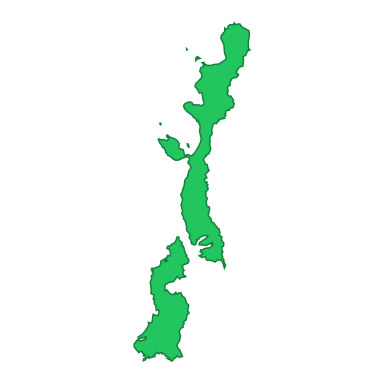 Donggala, Sulawesi Tengah, Indonesia (Mercator projection)
{"feature_id": "22746128B11403753934380", "entity_name": "Donggala", "entity_type": "district", "adm_level": 2, "iso_a3": "IDN", "parent_name": "Indonesia", "parent_adm1": "Sulawesi Tengah", "projection": "mercator", "projection_center": [119.813, -0.351], "detail": "fine", "context": "isolated", "style": "filled", "palette": "green", "viewbox_px": 384, "rotation_deg": 0, "n_neighbors": 0, "source": "geoboundaries", "source_scale": "gbopen_adm2", "svg_char_len": 6055}
<svg xmlns="http://www.w3.org/2000/svg" viewBox="0 0 384 384"><path d="M239.8,23.9L234.7,24.5L234.3,23.0L232.8,24.8L229.9,24.6L227.8,26.6L228.1,28.1L227.1,28.9L225.7,29.0L224.7,28.1L224.7,31.6L223.2,32.9L223.1,33.9L221.3,35.3L220.9,38.2L223.9,44.7L224.6,53.4L226.1,57.0L225.9,59.4L218.9,64.0L213.9,64.5L211.2,65.4L207.2,65.4L205.9,64.6L205.2,65.3L204.3,65.2L204.4,64.4L203.5,64.7L203.2,66.5L200.7,67.9L199.8,71.2L201.6,73.9L201.7,77.7L195.8,83.6L195.0,86.7L196.8,88.4L199.3,93.1L202.0,92.7L203.1,100.4L204.3,102.5L203.6,104.4L201.5,105.8L198.5,104.7L197.1,105.3L195.5,104.7L193.3,105.0L191.9,102.5L189.4,101.9L185.3,103.4L183.6,105.5L184.3,108.3L187.4,111.8L192.6,115.5L193.2,117.1L195.7,118.8L196.7,120.5L197.8,120.5L197.1,121.5L198.5,122.0L200.2,126.3L199.6,131.5L201.2,138.3L200.8,141.5L198.3,147.0L194.5,153.2L191.5,156.0L187.8,154.5L184.6,155.6L183.3,149.9L182.2,149.2L180.8,149.3L178.7,147.6L179.3,143.9L177.8,141.4L175.4,139.1L169.5,136.9L167.5,135.1L166.6,135.4L166.9,137.1L168.6,138.0L167.6,140.8L163.0,139.5L161.4,139.9L159.0,138.8L158.2,139.3L159.8,143.0L161.9,145.5L162.7,147.5L164.0,147.5L164.1,148.7L165.2,149.6L165.7,152.6L166.6,152.9L167.8,155.3L170.3,156.4L173.3,159.2L176.0,160.3L178.5,160.1L182.8,158.0L187.1,156.8L188.3,157.2L189.6,158.9L189.7,159.9L187.9,162.0L188.3,163.4L190.1,165.2L190.9,168.2L188.9,170.8L187.3,177.4L186.0,178.3L184.8,180.7L184.1,186.0L182.4,190.1L182.6,191.6L180.7,194.5L182.6,199.6L181.1,205.3L182.5,210.6L181.8,214.0L183.1,215.8L183.6,219.2L184.5,219.7L185.7,222.8L186.5,226.3L186.5,230.0L189.9,234.6L189.1,237.6L190.9,240.2L191.5,243.7L194.8,245.0L195.8,244.1L196.5,241.2L197.3,240.8L196.5,239.8L197.3,239.2L198.8,239.1L199.6,237.6L203.2,235.7L207.8,235.6L206.5,237.9L199.5,242.7L199.1,244.8L206.3,245.3L211.8,242.6L211.3,244.1L212.6,243.6L212.7,245.2L209.8,247.8L204.4,248.5L202.4,250.0L200.0,249.8L200.8,249.9L200.1,251.5L202.7,253.4L199.9,255.9L199.3,255.7L199.5,256.1L201.2,256.5L201.4,257.5L205.4,256.8L206.4,260.0L211.8,260.5L214.8,262.1L217.6,260.1L221.0,260.0L222.9,262.7L224.4,268.2L225.6,265.4L224.0,262.0L223.7,259.3L222.3,257.9L222.7,256.9L221.5,253.3L222.9,252.3L221.8,249.1L221.9,246.8L223.5,246.3L223.8,243.1L221.4,240.1L221.8,236.6L219.1,235.3L220.0,232.5L219.0,228.8L216.9,227.9L216.9,226.7L215.5,225.7L214.0,223.0L211.6,222.0L211.2,219.0L208.2,215.6L209.7,208.8L209.1,206.8L207.6,206.9L206.9,206.2L206.2,201.5L207.3,198.5L205.4,194.9L206.0,193.8L205.6,192.1L208.0,189.5L207.6,188.6L208.1,187.7L206.6,186.7L207.9,184.8L206.4,183.7L207.2,182.2L204.9,181.7L204.2,179.6L206.9,177.8L205.3,174.5L209.2,170.3L208.4,169.8L207.1,164.6L205.5,164.0L203.4,159.5L205.7,155.9L206.2,156.2L206.8,154.8L208.9,153.6L210.7,149.1L209.6,144.0L210.2,141.2L209.7,139.9L210.3,136.0L211.3,135.5L212.2,133.2L211.7,129.8L212.8,125.2L214.4,123.4L216.6,123.6L217.3,121.7L218.9,121.2L219.0,119.3L224.6,118.4L224.0,117.5L225.8,115.6L224.9,114.0L225.7,113.7L225.7,111.6L226.8,110.4L229.3,110.3L229.4,108.9L231.1,107.8L232.7,107.8L233.5,106.4L234.2,103.6L233.0,102.0L233.6,100.7L230.9,96.1L228.8,96.0L227.1,94.3L227.8,93.2L227.2,92.2L228.2,91.3L227.4,86.9L230.3,85.1L230.1,82.7L231.5,79.0L233.5,77.9L236.2,77.6L238.2,75.6L238.5,74.4L236.8,73.4L236.2,72.3L238.7,67.9L240.9,66.4L242.8,66.3L243.5,61.0L243.1,56.7L245.8,55.2L247.5,50.8L249.9,50.0L248.6,48.3L248.3,46.2L248.3,41.5L249.4,34.9L248.9,30.7L242.0,27.0L239.8,23.9ZM188.9,261.3L188.6,259.5L186.2,256.2L186.8,255.4L185.0,252.6L183.3,246.0L181.7,245.9L182.1,242.8L179.0,239.9L178.9,237.1L177.7,237.0L176.9,237.2L176.2,240.1L174.3,243.1L171.2,244.3L171.2,245.6L169.6,246.3L168.2,245.9L166.8,248.1L167.4,248.8L168.9,248.7L170.6,252.8L170.0,256.1L168.1,255.4L167.2,256.2L167.5,257.1L166.1,258.0L166.5,259.2L166.1,260.1L167.1,260.4L167.1,261.1L164.9,261.7L165.0,260.7L165.3,260.4L165.1,261.0L165.6,260.9L165.2,260.1L166.2,259.3L165.5,258.4L160.9,261.0L160.7,264.0L159.5,266.2L155.3,268.0L151.5,268.5L152.2,269.8L151.6,270.5L152.6,270.6L152.5,271.4L153.1,271.0L153.2,273.1L151.3,276.1L151.8,278.4L150.2,282.1L151.3,289.2L150.8,293.0L152.2,294.4L153.6,294.4L154.1,296.1L153.4,297.6L154.0,298.5L153.2,299.2L154.4,300.2L154.0,301.9L154.7,304.6L155.7,305.1L156.3,310.4L158.5,309.7L159.0,312.3L157.9,315.9L153.1,314.4L152.0,322.4L150.4,323.0L148.5,322.3L148.5,325.7L145.8,330.1L142.7,334.0L138.0,337.2L138.2,338.8L139.3,339.0L141.4,338.4L141.9,337.4L144.7,337.9L144.6,337.1L145.7,336.7L146.2,337.7L145.1,339.9L143.7,339.6L142.2,340.6L140.0,341.0L138.0,340.2L136.6,340.4L135.3,342.9L134.1,343.8L134.3,347.1L138.8,352.6L140.6,351.5L142.4,351.8L142.6,353.1L143.5,353.6L143.5,355.5L144.3,354.5L144.9,354.7L145.2,358.0L144.7,358.9L143.7,358.8L143.3,360.7L145.2,359.9L147.1,357.2L148.3,357.8L148.5,356.2L149.5,357.0L149.2,358.6L149.8,357.8L152.6,357.2L152.6,356.2L154.8,356.8L154.7,354.4L155.8,354.3L156.1,352.4L157.4,352.5L158.9,353.8L160.8,352.4L162.0,353.9L162.2,353.0L163.8,353.5L165.9,356.4L167.2,356.4L168.5,357.7L167.5,358.2L168.4,358.3L168.3,359.4L170.0,359.1L170.6,360.6L172.3,361.0L174.3,358.1L175.5,357.8L177.0,356.0L179.0,357.3L182.5,356.5L180.0,350.4L177.6,347.8L177.0,344.9L179.4,341.0L180.5,336.1L179.3,332.0L179.6,330.7L180.9,328.2L183.1,327.3L182.9,325.2L184.2,323.7L183.4,321.9L186.1,320.0L187.1,314.7L188.9,313.4L189.0,312.2L187.5,311.6L188.7,305.1L186.6,303.2L184.9,298.0L182.1,295.7L181.0,292.9L178.9,292.8L177.4,294.2L175.7,292.3L174.6,293.4L174.7,294.3L173.4,294.6L170.1,293.8L166.7,289.8L165.0,290.6L164.8,286.9L165.7,284.0L166.8,284.0L168.5,282.5L173.6,281.6L177.5,276.3L179.7,279.1L181.0,277.6L185.7,276.8L185.2,275.8L183.2,275.2L183.0,271.8L183.9,270.7L183.5,270.8L183.0,267.7L181.9,266.2L184.7,264.2L187.6,263.5L188.9,261.3ZM197.2,56.5L195.8,58.2L195.9,60.6L197.1,59.1L200.1,58.3L197.2,56.5ZM204.7,63.9L204.0,62.4L202.1,62.7L203.4,64.2L204.7,63.9ZM187.8,50.2L186.6,48.9L186.7,49.8L187.8,50.2ZM161.2,124.3L160.7,123.5L160.2,123.1L159.8,123.8L160.6,124.8L161.2,124.3ZM188.2,144.0L187.4,144.1L188.5,145.3L188.2,144.0ZM189.0,146.7L188.9,146.1L188.5,145.8L188.9,146.7L188.2,146.5L188.7,147.1L189.0,146.7Z" fill="#22c55e" stroke="#15803d" stroke-width="1.5"/></svg>